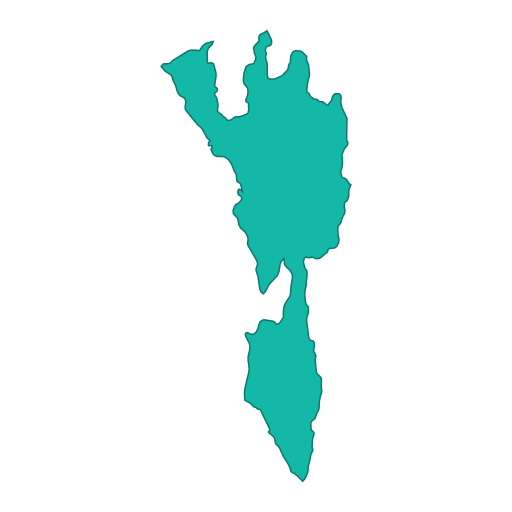 Tak, Equal Earth projection
{"feature_id": "THA-404", "entity_name": "Tak", "entity_type": "Province", "adm_level": 1, "iso_a3": "THA", "parent_name": "Thailand", "parent_adm1": "", "projection": "equal_earth", "projection_center": [98.786, 16.488], "detail": "fine", "context": "isolated", "style": "filled", "palette": "teal", "viewbox_px": 512, "rotation_deg": 0, "n_neighbors": 0, "source": "natural_earth", "source_scale": "10m", "svg_char_len": 5970}
<svg xmlns="http://www.w3.org/2000/svg" viewBox="0 0 512 512"><path d="M242.4,191.3L241.2,186.2L240.4,183.8L239.1,182.7L237.1,181.5L236.6,178.9L236.5,175.9L235.8,173.6L234.3,171.2L232.1,165.4L230.7,162.7L228.3,159.6L225.9,157.6L223.3,156.6L216.8,156.4L214.5,155.5L212.7,153.3L210.9,149.2L211.5,148.6L212.1,147.0L212.0,145.7L208.6,145.6L208.3,144.1L208.9,142.1L210.0,140.5L207.0,137.9L202.3,129.1L199.8,126.5L197.8,125.0L186.5,111.1L185.4,109.4L185.1,107.1L185.6,103.3L185.7,101.2L184.9,98.6L183.4,97.4L181.4,96.5L179.7,95.3L177.9,92.9L177.0,90.5L175.6,85.4L172.7,79.5L172.2,76.9L171.0,75.1L169.6,74.0L166.5,72.1L164.5,70.5L161.1,66.4L163.3,63.9L168.9,63.6L170.6,62.8L170.8,62.4L172.8,60.5L187.1,51.5L189.0,50.6L190.2,50.2L195.0,50.1L198.8,50.6L199.4,50.4L199.9,50.1L201.9,46.9L203.2,45.5L205.4,43.7L206.1,43.3L213.2,41.4L212.1,44.5L208.7,47.9L207.7,49.8L207.2,52.5L207.3,59.5L207.5,61.9L207.7,62.7L208.1,63.1L209.1,63.2L211.0,62.6L212.9,63.3L213.6,64.0L215.8,72.1L216.1,74.8L215.7,78.9L214.7,85.0L214.7,86.0L214.9,86.7L216.8,88.0L217.3,88.8L217.4,89.6L217.4,90.3L216.9,91.3L215.1,92.8L214.6,93.8L214.6,94.5L214.8,95.1L216.3,97.2L216.8,98.2L218.0,104.2L217.9,107.0L217.4,109.2L217.5,110.8L218.0,111.8L219.0,112.9L221.6,114.5L223.2,116.5L225.3,117.8L226.9,119.9L228.0,120.4L229.7,120.4L230.7,120.0L234.8,117.1L235.8,116.8L238.2,116.8L239.9,116.6L243.3,115.5L247.5,113.6L248.1,112.8L248.8,109.0L248.5,106.3L248.6,103.7L248.1,102.8L246.7,102.1L246.0,101.4L245.7,100.3L246.0,99.1L247.0,97.1L247.7,94.7L248.0,92.0L247.9,89.8L247.4,88.0L246.9,87.1L244.5,84.4L243.8,82.9L243.5,81.6L243.4,78.6L243.9,73.5L245.3,68.8L245.9,67.2L246.5,66.3L247.3,65.6L249.5,64.4L253.0,63.8L253.6,63.4L254.0,63.0L255.6,59.4L255.9,57.4L255.7,56.1L255.3,55.0L254.3,53.1L254.1,50.4L253.6,48.6L253.6,48.0L253.9,46.8L254.5,45.9L256.8,43.3L258.6,41.5L258.8,41.0L259.0,39.8L258.8,37.9L258.8,37.3L259.4,35.6L260.0,34.7L260.8,34.1L264.1,32.7L266.9,30.7L271.0,38.8L271.6,41.0L271.6,43.4L270.5,45.4L267.8,46.1L266.2,47.1L265.5,49.2L265.5,51.6L266.5,53.5L265.5,56.7L265.9,59.4L266.8,62.0L267.3,64.8L267.3,75.8L268.4,78.7L271.6,79.2L275.1,78.9L280.6,76.3L281.5,76.1L282.4,75.4L287.5,69.9L288.0,68.8L288.7,64.8L290.4,62.2L290.5,61.5L290.5,57.9L290.8,55.8L292.3,52.8L292.8,52.1L293.9,51.3L295.6,50.7L300.6,51.0L302.4,52.1L306.7,56.5L306.5,59.1L306.7,60.6L307.6,62.3L308.4,64.7L308.8,67.2L309.5,74.2L309.3,76.2L308.7,78.1L307.3,84.4L306.8,89.8L307.0,91.4L307.2,92.4L308.6,93.1L309.1,93.7L310.6,96.7L314.1,99.1L317.0,99.4L318.1,100.3L318.8,101.2L319.5,101.6L320.0,101.7L322.3,101.6L323.6,102.4L327.1,105.2L327.9,105.4L329.3,103.2L331.6,100.4L332.1,97.9L332.5,96.7L333.9,94.6L334.7,94.0L335.7,93.6L338.7,93.8L339.8,94.2L340.7,95.2L341.1,97.1L341.1,98.6L340.7,101.5L340.9,103.2L341.3,104.3L341.8,107.3L347.0,118.5L346.6,137.8L346.7,140.3L347.8,142.4L347.8,143.2L347.7,144.3L347.2,145.5L344.5,148.5L342.1,154.2L341.9,155.3L342.3,157.6L342.5,162.3L342.1,166.9L340.8,171.4L340.9,173.3L342.0,177.3L342.4,177.6L345.0,178.4L345.8,178.9L347.3,180.7L349.1,183.6L349.9,184.2L350.9,184.7L349.2,188.9L348.7,191.5L348.8,195.8L348.3,197.8L347.1,200.5L346.6,201.1L345.0,202.2L344.6,203.0L344.4,204.1L344.3,206.6L344.9,210.2L344.9,211.7L344.4,213.8L342.4,217.4L340.8,222.7L339.8,224.4L338.9,224.9L338.1,226.3L337.8,228.8L337.8,231.7L338.0,234.3L338.7,237.4L339.0,240.1L338.6,242.4L337.3,245.5L336.8,246.2L335.4,247.6L333.9,248.1L329.9,248.4L328.9,248.8L328.2,249.5L327.4,251.7L326.9,252.7L324.4,254.3L323.4,255.5L320.3,257.9L318.8,258.5L316.0,258.7L313.7,257.6L312.2,257.2L308.6,257.8L305.6,257.1L305.0,257.5L304.5,258.2L303.6,260.5L303.6,263.4L304.8,267.7L305.2,268.6L306.5,270.2L307.0,271.8L307.0,276.6L306.2,282.2L306.2,285.0L304.8,292.3L304.8,294.6L305.4,301.2L305.8,303.4L306.7,305.3L308.2,306.7L308.4,307.7L308.4,312.1L307.9,314.4L307.4,315.5L306.8,317.9L306.5,320.0L308.7,337.1L309.0,338.1L309.9,339.7L311.3,340.7L312.9,340.9L313.9,342.0L314.3,343.0L314.4,345.4L313.7,350.6L313.8,351.5L315.2,353.9L315.8,355.6L315.8,356.5L315.2,359.7L315.7,365.8L316.3,371.3L316.5,372.5L316.9,373.3L318.4,375.2L320.1,376.6L321.1,377.8L321.4,379.4L321.3,387.9L321.8,391.8L321.6,392.7L320.5,395.9L319.8,399.0L319.4,401.0L319.1,407.8L318.9,409.0L318.0,411.3L316.7,413.5L315.3,417.6L314.8,418.6L314.4,419.2L312.6,420.3L311.3,421.8L311.0,422.5L310.8,423.6L311.1,429.2L311.5,430.2L313.5,431.9L313.9,432.8L314.1,433.4L314.0,434.3L312.9,437.6L312.5,439.3L312.1,446.9L312.7,449.2L312.7,450.6L311.0,454.3L310.6,455.5L310.5,457.2L308.5,465.4L308.0,468.9L308.1,470.2L307.3,473.1L306.1,476.4L304.8,478.9L302.7,481.3L297.0,475.5L294.9,473.9L291.9,472.3L291.1,471.5L290.7,470.8L289.9,467.7L288.7,465.0L283.2,456.1L279.4,447.7L277.8,445.8L275.9,444.0L275.5,443.4L274.8,439.5L274.4,438.1L274.1,437.4L273.7,436.8L268.9,432.8L268.4,431.6L269.8,430.5L269.8,429.8L269.5,428.7L260.7,410.4L259.9,409.4L257.7,409.1L256.0,407.5L255.4,407.2L254.2,407.0L253.3,406.5L250.3,403.2L244.9,400.3L244.4,393.7L244.7,389.6L248.9,371.6L249.2,368.4L248.2,360.9L248.1,356.7L249.7,349.7L250.1,346.6L249.2,343.0L245.7,336.4L245.3,334.0L246.4,332.6L248.0,332.9L251.0,334.3L253.8,334.1L254.8,333.4L256.3,331.8L258.1,328.3L258.9,324.7L260.1,321.8L262.8,320.0L265.1,319.9L273.3,321.3L274.8,322.2L275.6,323.4L276.5,324.2L278.5,323.9L279.7,322.8L282.8,318.3L283.4,316.7L283.3,312.6L283.6,308.8L284.5,305.3L286.1,302.1L289.8,296.4L290.5,293.6L291.1,285.6L292.4,277.8L292.3,274.6L290.0,270.2L287.0,267.6L284.5,264.5L284.0,258.4L281.2,261.4L280.1,264.3L279.0,271.6L277.2,275.8L269.3,284.1L265.3,291.8L263.2,293.8L260.7,291.5L259.8,288.8L257.9,276.0L256.2,270.8L256.0,268.9L257.4,265.2L257.6,263.3L256.5,260.1L248.4,246.2L247.6,244.3L247.6,242.4L248.0,240.5L248.1,238.9L247.8,237.3L247.2,235.5L245.3,232.2L240.7,228.1L238.9,224.7L238.0,219.8L237.3,217.8L233.4,213.9L233.1,210.7L234.2,207.3L235.8,204.4L237.7,203.7L239.8,201.9L241.4,199.7L241.8,197.8L240.9,196.3L238.4,194.7L237.8,192.6L238.1,190.1L239.2,189.2L240.7,189.7L242.4,191.3Z" fill="#14b8a6" stroke="#0f766e" stroke-width="1.5"/></svg>